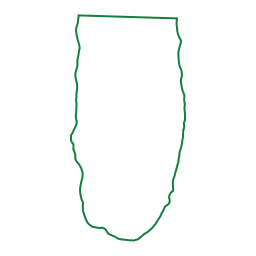 the district of South Ari, Maldives
{"feature_id": "70690204B29165248779959", "entity_name": "South Ari", "entity_type": "district", "adm_level": 2, "iso_a3": "MDV", "parent_name": "Maldives", "parent_adm1": "", "projection": "equal_earth", "projection_center": [72.841, 3.685], "detail": "fine", "context": "isolated", "style": "outline", "palette": "green", "viewbox_px": 256, "rotation_deg": 0, "n_neighbors": 0, "source": "geoboundaries", "source_scale": "gbopen_adm2", "svg_char_len": 2964}
<svg xmlns="http://www.w3.org/2000/svg" viewBox="0 0 256 256"><path d="M78.6,15.4L78.5,16.8L78.4,18.3L78.1,19.8L78.0,21.2L77.7,23.3L77.2,25.1L76.8,26.3L76.2,28.3L76.0,29.9L76.1,31.7L76.4,33.0L76.5,34.8L77.2,37.4L77.4,38.6L77.8,40.0L78.2,41.1L78.7,43.2L79.0,44.5L79.4,45.6L79.5,46.7L79.6,47.9L79.5,49.0L79.2,50.2L78.9,51.6L78.6,53.5L78.4,55.4L77.8,58.1L77.5,59.6L77.3,61.6L77.5,64.3L77.3,66.4L76.7,68.4L76.1,70.8L75.5,73.0L75.4,74.9L75.6,77.4L75.8,79.3L76.3,81.0L76.8,82.5L77.1,85.2L77.2,87.4L77.0,89.8L76.4,94.0L76.4,96.9L76.1,99.6L76.3,101.5L76.5,105.1L76.4,107.7L76.3,111.2L75.9,113.9L75.8,115.9L76.0,118.3L76.3,119.7L76.7,121.1L76.6,122.2L76.6,123.8L76.1,125.2L75.4,126.9L74.0,129.5L72.7,132.7L71.1,135.1L70.9,139.7L71.8,142.2L73.4,144.2L73.5,146.4L73.3,149.1L74.5,152.1L75.2,154.4L75.3,156.3L75.3,158.8L76.0,160.6L77.2,162.2L78.7,163.9L80.2,166.5L81.2,168.2L82.0,170.8L82.6,173.0L82.7,174.3L82.4,177.3L82.0,179.2L81.5,180.9L81.2,182.4L80.7,184.9L80.2,187.5L80.1,190.8L80.3,193.8L80.8,195.7L81.5,199.4L82.8,201.9L83.0,203.7L82.8,205.9L82.8,207.4L82.9,209.2L83.3,212.1L84.3,215.0L85.1,217.2L85.8,219.3L86.6,220.9L87.7,222.8L89.0,224.3L90.8,225.6L92.5,226.9L94.6,227.2L97.0,227.6L99.7,228.1L102.4,227.7L104.3,228.5L105.4,229.5L106.5,230.8L107.4,232.5L108.8,234.0L110.8,234.9L113.0,235.9L114.8,236.5L117.4,238.3L119.4,239.0L122.0,239.5L123.3,239.6L125.1,239.8L127.8,240.1L130.0,240.3L132.0,240.3L133.5,240.6L134.9,240.1L136.7,239.6L138.2,239.2L139.5,238.0L141.2,236.6L142.4,235.6L143.2,234.8L144.8,233.7L146.4,232.7L147.8,231.8L149.5,230.4L151.0,229.1L152.5,227.6L153.6,226.2L154.2,225.3L155.5,224.0L157.1,221.4L157.8,220.2L158.6,218.9L159.6,217.5L160.6,215.9L161.3,214.1L161.8,213.0L162.8,211.5L163.8,209.3L164.7,207.2L166.0,205.8L167.1,205.1L168.4,204.2L169.6,202.3L169.7,200.0L169.1,197.7L169.3,195.6L170.5,193.2L171.3,192.2L172.9,191.0L173.2,188.2L172.9,185.7L172.8,183.3L173.0,180.8L173.5,178.7L174.2,177.0L174.8,175.0L175.3,172.5L175.9,170.7L176.4,169.2L176.8,167.4L177.6,164.4L178.2,162.7L178.6,159.8L178.8,157.8L179.3,155.9L179.4,153.8L179.7,151.7L180.0,150.7L180.9,148.1L181.3,146.3L181.8,144.7L182.0,142.9L182.2,141.1L182.6,139.1L183.0,137.1L183.0,134.6L183.2,131.8L183.4,129.7L183.9,128.6L184.2,126.6L184.0,125.3L183.8,123.4L184.2,122.0L184.6,121.2L185.0,119.9L185.1,118.1L185.0,116.0L185.0,114.5L184.9,112.9L184.7,111.5L184.6,109.8L184.4,108.1L184.6,106.8L184.8,105.3L184.7,103.5L184.3,101.0L184.1,99.1L184.4,97.1L184.3,95.2L183.8,93.6L183.0,92.0L182.6,90.6L182.1,88.8L181.8,87.4L181.4,84.7L181.0,82.7L180.8,80.9L181.0,79.3L181.3,78.1L181.8,76.4L181.9,74.4L181.7,71.8L181.2,69.8L180.4,68.0L179.6,66.0L179.1,63.8L178.8,62.2L178.8,59.9L178.5,57.1L178.4,55.2L178.3,53.3L178.5,51.5L179.0,49.5L179.4,47.8L180.1,45.5L180.5,43.8L180.9,42.0L180.9,40.1L180.3,39.2L179.6,37.9L178.9,36.5L178.2,34.7L177.7,33.1L177.3,30.8L177.1,28.8L176.9,26.9L176.6,24.2L176.6,22.1L176.8,20.4L177.0,18.6L177.0,18.4L78.6,15.4Z" fill="none" stroke="#15803d" stroke-width="2"/></svg>